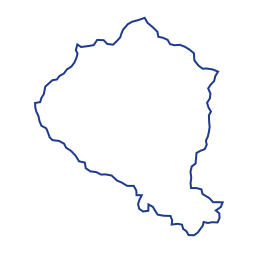 Urucânia, Minas Gerais, Brazil, rotated 88°
{"feature_id": "56859067B64540863553467", "entity_name": "Urucânia", "entity_type": "district", "adm_level": 2, "iso_a3": "BRA", "parent_name": "Brazil", "parent_adm1": "Minas Gerais", "projection": "mercator", "projection_center": [-42.721, -20.332], "detail": "fine", "context": "isolated", "style": "outline", "palette": "blue", "viewbox_px": 256, "rotation_deg": 88, "n_neighbors": 0, "source": "geoboundaries", "source_scale": "gbopen_adm2", "svg_char_len": 1755}
<svg xmlns="http://www.w3.org/2000/svg" viewBox="0 0 256 256"><g transform="rotate(88 128 128)"><path d="M174.9,146.0L180.1,140.9L182.2,136.4L185.8,130.8L186.0,124.3L190.8,121.9L195.4,121.8L195.7,116.6L200.2,119.1L204.5,120.6L209.2,119.6L212.0,115.8L211.4,110.6L205.1,110.2L207.7,105.9L212.0,103.6L215.6,101.4L216.9,95.6L217.4,88.6L221.8,87.1L226.0,87.7L225.5,81.5L226.5,77.4L230.8,76.4L233.2,73.2L237.1,71.2L237.5,65.8L235.0,62.0L231.8,59.5L228.5,56.8L224.6,55.7L225.7,51.5L225.1,47.5L225.5,41.8L221.0,39.6L216.5,39.8L213.5,43.1L210.2,38.0L205.6,36.0L205.3,40.7L205.1,45.5L200.7,49.4L196.6,55.8L191.9,56.8L190.4,61.7L190.2,67.1L185.2,67.4L179.9,66.5L174.0,67.1L168.6,65.6L165.9,61.7L160.8,61.1L155.3,60.4L153.3,56.4L151.8,52.0L147.4,49.9L143.5,50.6L139.3,48.5L135.2,47.4L130.2,46.4L123.5,46.7L118.1,46.7L114.5,44.5L110.4,46.8L105.5,48.1L101.4,45.2L96.7,44.4L91.2,46.5L87.5,43.8L84.1,40.3L79.1,38.9L74.8,36.0L72.4,41.4L71.3,47.2L71.3,51.4L68.0,55.5L62.7,59.3L55.6,59.5L52.0,63.6L48.8,68.3L46.7,73.2L46.9,78.4L45.7,83.0L41.3,85.3L39.0,90.0L37.9,94.5L32.8,95.3L28.2,99.7L23.6,104.8L18.5,107.5L20.5,113.9L21.9,120.0L24.2,124.5L29.6,129.5L33.2,131.2L37.1,132.6L40.4,135.8L44.2,140.0L43.3,145.8L39.4,149.2L38.9,155.7L44.0,159.4L44.8,165.5L45.4,172.1L42.7,175.7L48.4,177.4L52.0,175.8L56.4,177.2L60.6,179.2L64.6,182.4L67.3,187.0L71.3,190.2L73.8,194.9L77.0,197.3L77.6,201.9L80.8,205.7L83.7,209.2L91.3,211.0L94.9,213.5L99.1,214.9L99.7,220.0L104.5,219.9L108.3,219.1L112.9,217.1L118.1,216.2L122.8,214.4L125.5,209.7L130.5,207.9L134.6,206.6L137.5,203.9L138.5,197.4L141.5,192.4L145.5,190.6L149.1,185.5L153.8,181.4L159.6,178.1L161.0,172.4L166.8,171.6L170.0,167.1L170.9,161.5L173.6,156.5L173.6,151.9L174.9,146.0Z" fill="none" stroke="#1e3a8a" stroke-width="2"/></g></svg>